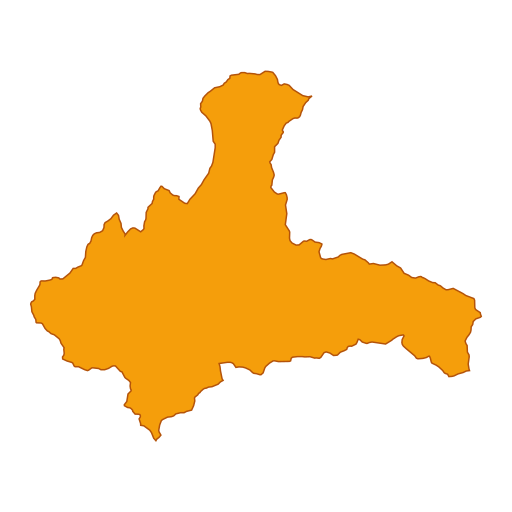 the district of Carhuaz, Áncash, Peru
{"feature_id": "86281439B67590334790867", "entity_name": "Carhuaz", "entity_type": "district", "adm_level": 2, "iso_a3": "PER", "parent_name": "Peru", "parent_adm1": "Áncash", "projection": "orthographic", "projection_center": [-77.539, -9.267], "detail": "fine", "context": "isolated", "style": "filled", "palette": "amber", "viewbox_px": 512, "rotation_deg": 0, "n_neighbors": 0, "source": "geoboundaries", "source_scale": "gbopen_adm2", "svg_char_len": 6013}
<svg xmlns="http://www.w3.org/2000/svg" viewBox="0 0 512 512"><path d="M312.0,96.0L308.2,96.9L302.7,95.6L293.0,89.5L289.2,85.4L287.2,84.5L284.2,83.9L281.4,85.4L279.4,84.7L278.5,83.8L277.9,82.3L277.4,79.4L275.5,75.7L272.8,72.4L271.9,72.1L268.1,71.4L265.1,71.3L259.9,74.6L257.1,74.5L255.0,73.9L249.6,73.4L247.3,73.5L244.7,72.6L241.7,72.6L240.6,72.9L238.8,74.3L231.4,75.2L230.1,75.9L229.8,78.3L227.9,79.6L226.1,82.1L224.3,83.2L223.1,85.1L219.8,86.7L214.6,87.8L210.0,91.5L208.2,92.6L204.8,96.0L203.0,98.3L202.4,101.2L200.6,103.7L200.8,107.0L200.2,108.4L200.4,109.7L201.2,111.3L201.8,112.3L205.9,115.9L209.9,121.2L211.0,123.6L212.3,130.5L213.2,141.2L215.2,144.2L215.2,147.8L212.9,162.4L211.5,166.1L209.9,168.3L208.7,173.2L204.1,179.7L201.4,184.6L198.3,188.1L195.1,193.8L189.9,199.3L187.3,203.6L184.8,203.3L178.9,199.3L179.0,196.5L176.6,195.7L174.2,195.6L172.7,195.0L170.2,192.9L169.1,190.6L164.3,188.7L162.0,186.4L161.0,186.2L159.9,187.7L158.1,190.8L156.3,191.7L155.6,192.4L154.0,195.5L153.7,196.8L153.7,199.2L152.5,201.4L152.1,203.5L148.0,207.3L148.0,208.7L146.2,212.4L146.0,218.5L145.6,220.0L144.6,221.7L143.9,225.8L144.0,228.6L143.2,229.7L140.7,231.8L134.9,228.1L132.9,227.9L130.6,228.9L127.7,231.9L125.1,235.2L125.2,234.5L124.8,233.5L123.3,231.3L121.4,227.4L121.0,223.4L119.2,219.3L118.5,215.4L116.6,213.0L113.5,215.2L110.9,218.7L107.7,221.1L105.1,222.6L104.1,224.6L104.0,227.5L102.6,230.7L99.8,232.4L96.5,232.8L94.3,233.8L92.8,235.3L91.7,237.6L91.0,241.0L89.8,243.2L89.2,243.8L88.5,243.9L87.9,244.6L86.8,247.0L85.8,251.5L85.4,257.4L83.6,260.6L82.0,265.0L81.4,265.7L77.9,267.1L75.7,268.4L73.2,268.4L69.9,273.1L62.8,278.9L59.9,279.0L58.8,277.9L55.7,277.3L53.0,277.6L52.5,277.8L52.3,278.8L51.3,279.6L49.8,280.1L45.2,281.0L41.6,280.9L40.7,281.2L40.1,281.9L40.0,284.1L39.6,285.3L36.7,290.2L35.2,293.3L34.8,295.6L34.8,299.3L33.4,300.9L31.6,301.9L30.9,303.2L30.7,304.2L31.4,306.8L31.9,311.7L33.9,315.6L34.1,316.7L35.8,319.5L36.1,322.4L36.5,322.8L41.0,323.0L42.4,323.7L45.1,328.5L47.3,330.9L48.9,331.7L51.0,333.6L54.3,334.8L59.2,338.8L60.2,340.5L61.0,343.2L64.1,347.7L63.8,349.1L64.2,353.4L63.8,355.2L62.5,357.0L62.7,359.0L67.0,361.0L71.7,362.4L72.7,363.0L74.2,366.1L75.1,366.7L78.5,366.7L84.7,369.7L87.5,370.6L88.6,370.2L91.6,368.0L92.7,367.8L98.7,368.5L100.9,369.7L104.7,369.7L108.5,368.4L112.1,366.2L113.8,365.8L115.5,366.0L120.4,371.4L121.9,371.8L124.8,377.3L125.5,378.1L128.9,380.5L130.5,382.5L130.1,386.0L130.5,388.8L131.2,390.1L130.9,391.1L128.0,394.0L126.8,401.5L124.3,404.7L124.4,405.7L127.6,407.5L129.9,407.8L131.2,408.7L132.5,410.1L132.8,411.4L135.1,414.1L138.4,414.2L139.9,414.6L140.4,415.8L140.3,417.0L139.1,418.9L140.6,423.5L140.7,425.3L143.8,425.8L149.8,430.2L151.5,432.7L153.7,438.2L155.9,440.7L156.8,439.1L159.0,437.4L160.9,435.1L159.1,432.0L158.7,430.4L159.7,424.9L161.4,420.5L162.9,419.4L167.6,417.1L171.3,416.7L172.9,416.2L173.9,415.7L175.8,413.9L180.5,412.7L184.1,412.7L186.5,411.4L191.6,410.1L193.6,405.7L194.8,401.0L194.5,398.0L194.9,397.1L197.7,394.9L198.6,393.4L200.0,392.5L200.5,391.6L203.3,389.1L204.6,388.4L206.4,388.1L208.5,387.1L212.0,386.7L218.1,384.2L220.4,381.9L223.1,380.4L222.1,378.9L220.5,371.0L220.0,366.7L219.1,363.5L227.5,362.3L230.3,362.3L232.0,362.8L233.4,363.7L235.9,367.4L239.0,366.9L242.7,367.1L245.5,367.9L249.8,369.9L252.6,372.6L253.8,373.3L256.6,373.7L259.8,374.7L261.0,374.7L263.1,372.9L264.9,367.7L265.9,366.3L269.5,363.1L273.1,360.9L274.5,360.8L278.5,361.6L289.4,361.4L290.6,360.9L291.2,358.3L292.4,357.2L297.5,356.6L302.3,356.6L304.9,356.9L310.0,356.7L314.7,358.1L316.2,357.9L319.3,358.3L320.8,357.4L324.0,352.7L326.1,351.9L329.8,353.0L333.6,355.5L337.0,355.2L337.6,354.9L340.3,352.2L344.2,350.7L346.7,349.4L347.3,347.5L348.3,346.4L350.0,346.1L351.7,346.2L356.0,344.1L357.0,342.3L358.2,339.2L359.9,339.7L362.2,342.0L366.4,343.4L367.2,343.4L369.4,342.5L372.0,342.0L385.6,344.0L391.8,340.2L392.7,339.3L396.7,336.7L398.8,335.7L403.2,334.9L403.9,335.5L404.0,336.0L402.2,339.5L401.9,342.6L402.3,344.4L403.4,346.1L406.0,348.5L414.7,355.8L416.4,358.2L417.9,358.8L422.9,358.4L426.4,357.5L428.5,356.3L429.5,356.2L430.3,358.0L431.3,362.1L431.9,363.1L436.1,365.1L438.7,366.8L442.7,370.5L444.2,372.7L445.2,373.4L447.6,374.2L448.9,376.6L451.9,376.4L454.0,375.9L458.1,373.9L463.2,372.5L466.3,371.0L469.5,370.6L469.0,369.0L468.2,364.0L469.2,356.8L469.0,354.9L467.4,352.1L467.1,345.5L465.9,343.6L465.1,341.0L466.9,337.4L468.9,334.9L470.5,332.3L471.0,330.1L471.2,326.8L472.7,324.5L473.2,321.5L475.8,318.9L480.3,317.3L481.3,316.4L480.5,314.2L480.2,312.6L476.1,309.9L475.3,309.0L474.8,307.7L474.6,300.2L473.9,298.6L465.8,295.5L463.0,293.6L453.2,288.4L448.1,289.7L446.1,289.8L443.0,288.0L440.8,286.1L439.8,285.5L438.4,285.2L435.1,282.7L432.6,282.6L428.6,280.9L425.2,278.7L423.2,277.7L422.4,277.6L421.4,276.7L420.5,276.5L418.8,276.8L415.5,278.1L411.7,277.5L408.6,275.2L404.1,273.3L400.6,268.0L396.7,265.8L392.0,261.8L388.3,264.2L385.6,264.9L380.0,265.2L373.4,263.5L369.3,264.1L368.4,262.9L364.9,259.8L362.8,259.2L354.2,254.0L350.8,252.7L341.8,254.4L339.9,255.4L338.2,257.0L332.5,258.9L330.4,258.5L325.9,259.5L323.2,259.1L321.5,258.6L320.6,257.6L319.0,251.8L320.0,248.5L321.3,246.3L321.9,244.4L321.9,244.0L321.3,243.7L319.0,242.6L315.1,242.1L312.1,240.0L311.0,239.5L309.7,239.6L306.6,241.3L304.5,241.0L303.5,241.2L299.1,244.9L296.1,245.1L292.0,243.0L290.0,240.6L289.5,238.1L289.7,232.1L289.3,230.9L285.3,224.7L286.8,213.7L285.5,205.0L287.2,199.3L287.1,197.5L286.4,194.7L285.3,192.7L284.3,192.7L278.4,194.2L277.3,194.0L274.3,192.0L270.8,187.5L271.1,186.0L271.8,185.2L272.4,179.8L273.5,177.5L274.1,175.6L274.1,174.6L273.5,172.3L271.6,167.6L271.1,164.6L270.0,162.9L269.7,161.8L271.8,159.5L273.3,154.6L274.6,152.2L274.6,146.7L277.9,143.4L279.0,140.2L281.1,137.2L281.1,135.6L281.5,134.7L283.2,132.6L283.2,131.6L282.5,130.7L282.4,129.8L284.2,125.8L286.2,123.1L288.0,122.4L289.0,121.3L293.0,118.6L294.8,118.0L297.1,118.1L298.2,117.8L299.6,116.7L300.4,115.2L301.1,112.5L302.5,109.6L303.1,106.5L305.7,102.6L308.2,100.3L308.9,98.6L312.0,96.0Z" fill="#f59e0b" stroke="#b45309" stroke-width="1.5"/></svg>